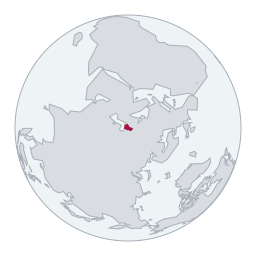 globe centered on Astrakhan', rotated 150°
{"feature_id": "RUS-2388", "entity_name": "Astrakhan'", "entity_type": "Region", "adm_level": 1, "iso_a3": "RUS", "parent_name": "Russia", "parent_adm1": "", "projection": "orthographic", "projection_center": [47.293, 47.158], "detail": "fine", "context": "on_globe", "style": "filled", "palette": "rose", "viewbox_px": 256, "rotation_deg": 150, "n_neighbors": 0, "source": "natural_earth", "source_scale": "10m", "svg_char_len": 11866}
<svg xmlns="http://www.w3.org/2000/svg" viewBox="0 0 256 256"><g transform="rotate(150 128 128)"><circle cx="128" cy="128" r="113" fill="#eef3f6" stroke="#a8b0b8"/><path d="M116.1,16.0L117.5,16.4L114.5,16.5L115.3,16.8L119.2,16.7L121.5,16.7L129.4,19.4L141.6,22.2L146.8,22.2L144.6,23.1L155.3,22.9L162.8,25.0L153.5,23.2L152.0,23.6L156.6,25.1L156.0,25.8L157.9,27.1L156.8,27.9L151.4,27.1L150.6,27.7L153.9,28.8L154.9,30.5L150.1,28.7L151.3,31.6L142.6,31.3L130.7,26.9L125.0,28.3L110.5,28.2L111.0,29.3L105.8,30.3L104.4,32.0L102.1,31.7L103.0,33.4L105.3,33.3L106.5,34.0L105.9,35.1L102.9,34.9L102.7,34.3L101.5,34.8L100.3,34.3L100.5,35.2L96.9,34.9L99.6,36.8L95.9,37.9L93.8,37.4L95.3,35.3L93.9,29.6L92.2,28.8L88.3,29.5L78.4,35.1L76.0,35.3L71.8,37.0L72.5,37.7L76.1,36.7L76.4,38.7L80.7,37.5L81.5,38.2L85.3,37.9L83.4,40.3L79.4,42.9L76.1,43.3L74.2,44.5L76.3,46.2L69.0,49.3L62.4,55.5L60.6,56.1L59.2,53.4L62.0,47.9L60.2,45.3L60.0,49.5L55.6,51.5L54.3,53.0L53.8,54.5L54.9,54.7L53.1,56.1L52.7,52.2L54.3,50.9L54.4,52.1L55.7,49.6L55.3,47.4L53.2,48.8L55.0,44.7L53.4,45.8L53.0,45.6L55.3,44.2L51.2,46.8L52.9,44.1L51.5,45.3L57.6,40.1L64.0,35.3L70.8,31.0L77.8,27.2L85.1,23.8L92.6,21.1L100.3,18.8L108.2,17.1L116.1,16.0ZM15.8,137.8L16.8,146.0L17.1,147.9L15.8,137.8ZM122.6,16.6L119.3,16.7L116.1,16.6L118.9,16.4L122.6,16.6ZM128.6,17.4L126.9,17.5L126.2,16.9L127.4,17.0L128.6,17.4ZM150.7,22.2L148.1,21.6L150.8,22.0L150.7,22.2ZM158.4,27.1L159.3,27.1L159.9,27.8L158.4,27.1ZM86.2,36.7L85.7,37.3L85.2,37.0L86.2,36.7ZM88.2,36.1L87.9,35.3L88.9,34.9L89.0,35.4L88.2,36.1ZM158.7,29.7L159.3,30.9L157.7,29.5L158.7,29.7ZM88.4,37.1L90.6,34.3L92.2,33.6L94.2,35.0L88.4,37.1ZM159.1,31.6L160.8,34.7L163.0,34.9L157.7,36.4L158.0,33.1L155.7,31.3L158.0,32.0L159.1,31.6ZM106.3,32.8L103.8,32.9L106.5,31.9L106.3,32.8ZM107.8,32.0L114.3,28.2L117.8,28.8L114.9,29.8L119.8,29.9L118.3,32.0L115.2,32.5L113.3,31.6L114.2,33.1L107.8,32.0ZM154.5,36.8L154.1,37.6L153.5,36.7L154.5,36.8ZM107.2,34.3L108.2,33.4L111.3,33.8L109.8,35.6L109.3,34.9L107.2,34.3ZM121.8,29.0L123.9,29.7L123.2,31.6L123.9,32.1L118.5,32.1L121.8,29.0ZM108.3,35.3L109.0,36.6L107.0,37.4L106.4,35.2L108.3,35.3ZM112.7,33.1L114.1,33.4L112.8,33.8L112.7,33.1ZM100.3,41.3L101.4,40.1L103.1,40.2L100.3,41.3ZM109.3,37.0L110.0,36.7L110.8,36.6L110.9,37.6L109.3,37.0ZM118.4,33.5L117.7,34.2L120.6,33.6L120.2,35.1L116.7,34.9L118.0,35.6L117.9,36.1L115.2,35.4L118.4,33.5ZM113.3,38.5L108.7,38.9L106.2,41.1L104.6,41.1L109.0,37.6L113.3,38.5ZM114.6,36.7L113.5,37.8L112.1,37.1L112.1,36.0L114.6,36.7ZM121.2,36.2L122.7,34.0L123.4,34.1L121.2,36.2ZM112.8,39.2L114.0,39.1L112.8,39.4L112.8,39.2ZM118.9,37.3L119.3,36.4L120.1,36.6L118.9,37.3ZM115.8,39.6L114.3,39.8L114.3,39.0L115.8,39.6ZM117.4,38.6L118.4,39.1L115.1,38.6L117.5,38.2L117.4,38.6ZM119.6,37.6L120.2,37.4L119.3,37.9L119.6,37.6ZM116.9,42.7L112.8,42.3L112.6,40.5L116.7,41.1L116.9,42.7ZM32.1,161.1L29.3,142.4L32.2,139.3L33.8,132.7L54.8,123.4L58.0,127.8L73.1,133.4L74.8,135.3L71.7,140.3L82.0,152.3L86.9,149.0L97.5,156.0L105.4,157.4L110.6,147.3L97.6,144.7L96.7,138.8L108.1,136.3L119.6,138.7L119.6,136.5L113.4,130.8L117.1,127.2L111.4,128.4L112.9,131.0L109.3,131.9L107.7,129.7L109.1,128.4L106.0,126.8L100.2,133.5L101.1,136.8L92.1,135.8L92.8,141.3L90.0,142.9L87.8,134.2L88.8,131.6L83.9,120.9L81.9,123.5L86.5,133.9L84.6,132.5L82.0,136.5L82.5,132.4L78.0,120.7L70.6,118.9L59.4,125.3L55.5,123.6L53.1,118.8L59.2,108.9L67.2,114.0L69.4,110.9L69.5,104.1L71.9,106.4L72.9,104.4L76.1,106.0L82.2,103.3L85.7,104.5L89.7,98.7L92.0,98.6L89.0,102.0L88.8,105.1L97.6,108.3L99.8,107.5L101.7,103.5L103.9,105.1L104.6,100.9L110.4,100.9L103.9,97.5L105.9,93.2L110.3,90.8L109.8,88.8L102.6,92.8L100.8,95.0L101.2,97.8L95.3,103.7L91.9,103.7L93.6,95.6L89.0,94.8L92.4,89.1L109.7,81.2L116.1,80.7L123.3,88.7L120.9,91.2L117.1,89.5L119.1,95.1L119.7,92.7L121.5,94.1L123.9,90.6L125.3,91.4L125.2,86.8L127.2,87.5L127.3,90.4L132.5,86.2L137.1,86.7L137.6,85.3L136.9,83.8L143.2,85.7L143.3,84.6L141.3,83.6L140.2,80.9L140.7,77.0L142.8,77.8L142.9,79.4L146.4,84.0L146.4,88.2L147.3,88.1L147.9,84.8L143.6,79.0L143.3,76.5L145.7,78.8L144.8,77.8L145.3,76.8L147.8,76.7L145.4,74.0L148.1,62.7L153.3,61.7L155.1,64.8L159.4,58.7L164.9,58.5L163.0,57.5L163.7,54.2L162.0,54.2L161.2,53.5L162.3,45.6L164.2,44.7L162.6,40.6L161.6,40.2L160.1,40.6L157.7,36.4L163.0,34.9L164.9,36.0L166.9,34.5L171.1,37.3L175.4,39.2L178.7,43.4L181.8,44.7L182.3,44.0L186.8,45.4L194.8,51.1L186.5,49.5L174.2,42.6L179.1,45.6L177.4,45.9L178.8,47.6L182.3,49.7L183.0,49.3L185.7,58.7L193.0,67.3L193.8,63.7L196.8,63.8L205.8,71.7L213.3,89.8L217.4,91.2L219.2,93.6L219.3,97.5L216.6,94.0L214.5,94.9L213.0,92.4L212.2,97.9L209.9,94.6L210.4,100.7L212.9,102.1L214.4,98.3L215.8,105.3L220.4,106.4L223.6,111.4L224.7,126.1L221.9,134.4L222.2,136.4L219.7,136.6L218.5,142.6L224.8,147.9L225.3,150.6L222.3,160.0L221.9,158.2L215.3,158.8L215.5,166.0L220.6,167.0L222.4,171.3L219.1,172.7L217.1,169.0L214.8,169.1L214.4,163.2L210.4,156.6L207.0,161.1L206.3,157.5L200.3,153.0L194.9,159.1L187.1,173.6L187.6,182.7L184.2,188.0L175.9,178.1L172.9,169.6L169.4,171.6L161.3,165.6L145.8,168.0L144.0,165.6L141.0,167.2L135.3,165.0L132.8,160.9L129.2,161.3L136.1,172.0L140.0,171.6L143.9,167.0L145.0,170.8L150.6,173.5L142.9,183.4L120.7,191.7L119.3,184.7L106.2,163.1L107.0,160.8L107.0,160.5L106.9,160.0L104.9,163.6L102.9,159.1L109.1,174.6L109.8,180.7L120.4,192.0L119.2,193.0L122.8,195.3L135.3,192.6L135.2,194.9L128.9,204.7L112.2,215.7L114.9,222.9L114.4,228.0L105.0,229.8L106.9,233.1L102.2,233.2L102.6,234.6L99.4,235.1L93.7,234.5L82.9,230.8L81.4,229.6L74.7,225.2L65.1,214.3L66.9,211.2L65.6,207.1L57.9,194.1L59.5,189.3L57.7,185.8L53.7,184.1L51.7,179.7L49.4,178.1L35.7,169.1L32.1,161.1ZM46.2,131.5L45.3,133.4L46.2,131.5ZM131.0,146.7L138.4,147.0L136.3,140.0L139.0,139.7L137.4,137.5L136.2,139.5L132.3,133.6L135.9,131.4L135.7,128.3L133.2,128.1L127.1,133.0L132.6,141.4L130.4,144.3L131.0,146.7ZM55.7,51.7L55.7,52.1L54.7,53.7L54.5,53.1L55.7,51.7ZM54.8,60.1L51.9,62.1L53.8,60.2L52.9,59.7L55.7,55.2L59.9,56.3L57.5,56.5L54.8,60.1ZM60.6,49.9L58.3,52.4L60.6,49.7L60.6,49.9ZM75.3,92.3L75.9,94.5L73.8,96.3L69.4,95.4L72.3,92.7L75.3,92.3ZM77.1,97.1L80.0,89.6L82.9,90.1L80.8,91.0L82.4,92.1L79.4,94.0L79.3,102.0L77.5,104.2L70.3,101.0L73.6,100.7L72.9,98.6L77.1,97.1ZM82.5,71.7L83.9,69.0L88.3,73.4L86.6,75.4L82.1,74.5L81.5,71.6L82.5,71.7ZM91.6,40.2L91.8,39.3L92.6,39.3L93.1,40.1L91.6,40.2ZM100.7,40.8L91.5,44.3L91.3,43.4L86.2,46.9L83.6,46.0L87.0,43.7L81.2,45.7L83.2,43.2L79.4,44.9L87.2,40.0L88.8,38.1L88.0,40.5L90.3,41.4L91.8,41.2L97.2,39.4L101.8,35.9L104.8,36.5L105.7,37.8L105.1,38.7L103.3,38.0L103.7,39.7L100.7,39.5L100.7,40.8ZM114.8,55.9L113.0,54.2L113.3,58.6L110.3,58.0L110.5,58.5L107.8,59.2L104.9,61.0L103.7,60.3L103.1,61.4L101.3,61.9L100.0,63.1L97.4,62.4L95.7,63.9L95.5,62.7L93.2,65.5L93.7,63.2L91.4,63.8L92.1,65.7L81.3,60.1L76.3,59.9L71.9,61.1L73.4,57.2L78.6,53.7L85.2,51.1L89.7,52.0L89.6,50.2L91.8,50.2L91.0,51.6L93.5,49.4L95.0,49.8L100.9,48.2L103.6,45.0L105.8,44.5L105.5,45.9L107.9,44.4L108.9,46.8L110.5,46.5L113.1,48.7L111.7,51.8L113.6,51.3L115.6,53.1L114.8,55.9ZM117.6,43.4L116.5,47.1L114.3,48.6L110.7,44.1L109.1,44.1L106.8,41.5L110.0,39.5L110.3,40.3L111.5,40.7L110.0,41.2L112.0,41.2L112.6,42.4L114.3,42.8L113.5,43.8L117.6,43.4ZM77.5,134.1L79.0,135.0L81.4,135.8L79.8,138.4L77.5,134.1ZM74.3,126.2L75.7,126.4L74.7,130.3L73.2,129.5L74.3,126.2ZM77.4,123.4L75.9,126.2L75.8,124.2L77.4,123.4ZM90.4,102.1L92.0,102.2L91.9,103.2L90.6,104.3L90.4,102.1ZM115.1,69.7L114.4,68.3L115.1,67.9L115.9,64.5L118.2,64.9L118.6,67.1L115.1,69.7ZM107.9,148.8L105.1,150.4L104.1,149.2L105.2,148.9L107.9,148.8ZM91.4,144.8L94.7,147.2L90.9,145.5L91.4,144.8ZM117.7,69.5L117.8,68.1L118.9,69.2L117.7,69.5ZM119.9,65.0L121.4,66.0L118.6,64.5L119.9,65.0ZM134.0,227.7L127.6,235.2L122.2,235.1L120.6,233.1L122.6,228.6L128.8,227.2L131.7,224.7L134.0,227.7ZM233.4,166.3L234.4,164.4L234.2,164.8L233.4,166.3ZM232.6,167.5L233.8,165.0L232.2,168.7L232.6,167.5ZM234.2,164.1L235.5,160.8L236.0,159.1L235.8,160.0L234.2,164.1ZM231.6,169.2L225.6,178.0L222.9,180.5L223.8,178.5L228.1,173.3L231.6,169.2ZM223.6,178.7L219.1,180.1L211.3,175.7L214.2,173.7L222.0,173.4L221.5,175.0L224.2,174.8L223.6,178.7ZM233.3,159.2L232.8,163.1L229.7,167.8L228.2,169.5L227.1,166.7L227.7,163.6L229.1,161.9L233.0,147.0L234.6,146.3L233.7,151.9L234.9,152.7L233.3,159.2ZM188.2,183.3L191.1,187.1L189.1,188.9L188.2,183.3ZM233.5,138.5L232.6,145.0L233.2,137.6L233.5,138.5ZM233.3,132.5L233.8,134.1L232.8,133.6L233.3,132.5ZM223.1,138.9L221.7,141.2L221.2,140.0L222.7,136.3L223.1,138.9ZM226.0,115.6L227.8,119.5L228.1,121.2L226.6,119.8L226.0,115.6ZM137.6,72.0L133.9,76.2L132.8,79.8L134.6,82.5L130.5,80.6L132.2,75.0L137.6,72.0ZM146.6,63.7L145.0,61.5L146.7,61.4L147.3,61.9L146.6,63.7ZM144.9,63.1L141.1,62.5L140.9,60.6L143.9,61.5L144.9,63.1ZM129.3,65.7L128.1,66.9L127.2,65.9L129.3,65.7ZM235.6,161.0L237.2,155.3L237.8,153.3L235.6,161.0ZM240.0,139.7L240.0,139.4L240.3,136.1L239.8,139.0L240.4,133.8L240.4,134.6L240.0,139.7ZM238.7,146.9L238.5,148.0L238.3,148.4L238.7,146.9ZM239.1,144.9L239.7,142.4L238.9,146.0L239.1,144.9ZM235.7,152.0L236.0,153.1L237.3,148.7L236.3,153.0L236.9,154.3L236.4,156.3L236.0,154.7L235.3,159.2L234.7,160.5L234.7,158.0L235.4,152.6L236.0,149.6L238.1,143.3L235.7,152.0ZM239.2,142.4L238.9,140.8L239.1,138.5L239.4,138.8L239.2,142.4ZM237.7,137.5L236.4,136.9L235.8,140.1L236.6,131.8L237.8,133.7L237.7,137.5ZM235.9,133.0L235.3,136.0L235.6,131.6L235.9,133.0ZM234.9,135.5L234.3,133.7L235.0,132.4L234.9,135.5ZM236.3,132.1L235.5,128.2L236.3,129.5L236.3,132.1ZM232.6,129.7L235.0,129.8L232.8,132.7L230.4,126.0L231.2,124.1L232.6,129.7ZM222.5,91.8L221.0,90.3L221.1,88.2L222.1,89.8L222.5,91.8ZM220.0,80.4L220.7,87.1L220.9,92.8L221.9,92.5L223.9,96.7L221.3,95.4L219.5,89.1L219.6,85.4L217.6,82.2L216.4,78.2L213.5,75.4L212.3,73.0L215.0,74.5L220.0,80.4ZM212.2,74.3L206.6,68.6L207.7,66.2L209.2,66.9L211.3,70.5L210.6,71.5L212.2,74.3ZM205.6,66.6L204.8,67.6L195.1,62.8L193.3,61.3L201.3,63.3L201.1,64.4L203.3,66.1L205.6,66.6ZM155.4,37.8L154.2,37.6L155.2,37.3L155.4,37.8ZM160.2,53.6L159.2,52.5L160.3,52.0L160.2,53.6ZM157.1,49.5L156.5,50.7L156.2,49.0L157.1,49.5ZM155.3,53.6L155.8,51.0L156.7,54.0L155.3,53.6Z" fill="#d9dde1" stroke="#a8b0b8" stroke-width="1"/><path d="M127.1,125.0L126.9,125.5L127.6,125.8L127.8,125.9L127.7,125.9L127.7,126.0L127.8,126.0L127.8,126.3L127.7,126.4L127.8,126.5L127.8,126.8L128.1,127.0L128.1,126.9L128.1,126.7L128.5,126.8L129.0,126.8L129.4,127.3L129.5,127.4L129.5,127.5L129.9,128.1L130.3,128.7L130.2,128.8L129.9,128.8L129.8,128.7L129.7,128.8L129.6,129.0L129.9,129.2L130.0,129.2L130.1,129.3L130.3,129.4L130.4,129.5L130.6,129.6L130.7,129.8L130.7,129.7L130.4,129.7L130.4,129.8L130.5,129.8L130.5,130.0L130.5,129.9L130.4,129.9L130.3,130.0L130.2,130.0L130.3,130.0L130.2,130.1L130.2,129.9L130.2,130.0L129.9,130.0L130.0,130.2L129.9,130.3L130.0,130.3L130.0,130.5L129.9,130.6L130.0,130.6L129.9,130.6L129.9,130.4L129.7,130.3L129.5,130.5L129.4,130.6L129.3,130.8L129.2,130.8L128.9,130.8L128.7,130.9L128.7,131.0L128.8,131.0L128.7,131.0L128.6,130.9L128.4,130.8L128.4,130.7L128.4,130.8L128.5,130.8L128.4,130.9L128.4,131.0L128.5,131.0L128.4,131.1L128.3,130.9L128.2,130.9L128.3,130.8L128.2,130.8L128.2,131.0L128.3,131.0L128.2,131.0L128.1,130.9L128.0,131.0L127.9,131.0L127.5,131.1L127.4,131.1L127.5,131.0L127.7,130.3L127.8,130.1L127.7,130.0L127.4,130.1L127.4,129.8L126.9,129.7L127.0,129.6L127.1,129.4L127.5,129.4L127.5,129.2L127.8,129.0L127.8,128.9L127.8,128.7L127.7,128.6L127.5,128.4L127.4,128.3L127.3,128.2L127.2,128.1L127.2,127.9L127.0,127.7L127.3,127.2L127.2,127.1L126.9,127.4L126.7,127.5L126.7,127.4L126.4,127.3L126.2,127.1L126.2,126.9L126.0,126.7L125.9,126.6L125.9,126.4L126.0,126.3L125.9,126.3L125.7,126.3L125.5,126.1L125.4,126.1L125.2,125.9L125.0,125.7L125.2,125.4L125.3,125.4L125.4,125.5L125.5,125.5L125.5,125.4L125.4,125.3L125.3,125.2L125.5,125.2L125.8,125.2L126.0,125.0L126.1,124.9L126.2,124.7L126.3,124.7L126.7,124.7L126.8,124.7L126.9,124.8L127.1,125.0ZM129.0,131.2L129.0,131.4L128.9,131.3L128.9,131.2L129.0,131.2Z" fill="#f43f5e" stroke="#9f1239" stroke-width="1.5"/></g></svg>